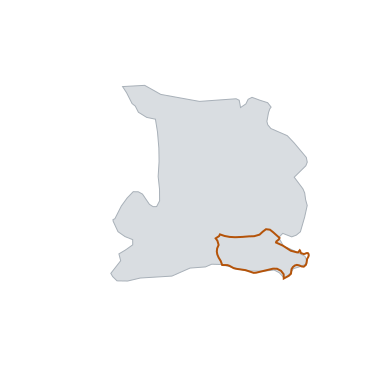 Pljevlja on a map of Montenegro (Natural Earth projection), rotated 144°
{"feature_id": "MNE-1516", "entity_name": "Pljevlja", "entity_type": "Municipality", "adm_level": 1, "iso_a3": "MNE", "parent_name": "Montenegro", "parent_adm1": "", "projection": "natural_earth1", "projection_center": [19.172, 43.297], "detail": "fine", "context": "in_parent", "style": "outline", "palette": "amber", "viewbox_px": 384, "rotation_deg": 144, "n_neighbors": 0, "source": "natural_earth", "source_scale": "10m", "svg_char_len": 2076}
<svg xmlns="http://www.w3.org/2000/svg" viewBox="0 0 384 384"><g transform="rotate(144 192 192)"><path d="M168.5,68.1L168.2,69.9L168.8,75.3L171.4,80.6L180.9,86.0L194.7,96.6L211.0,116.2L218.5,122.0L225.2,123.5L238.3,131.6L247.5,133.6L257.7,135.8L284.4,152.8L296.4,157.8L304.9,164.2L305.9,170.2L305.5,173.9L290.1,178.3L287.5,184.9L280.0,184.2L271.0,184.1L268.0,188.3L272.4,195.3L275.2,203.4L273.0,214.6L272.2,216.1L270.1,215.7L257.4,222.2L247.9,225.3L239.4,226.8L235.3,223.7L233.3,219.4L233.7,207.1L232.1,203.0L229.2,201.0L223.4,203.9L216.6,213.4L210.3,224.4L200.8,235.9L193.0,247.0L184.6,260.9L178.8,272.4L184.8,279.0L188.5,288.0L187.4,294.8L188.5,298.8L186.6,310.6L186.2,318.1L167.6,306.1L159.9,289.3L132.7,260.9L101.5,241.5L99.9,238.5L101.6,234.8L103.1,231.8L96.6,231.6L92.1,234.0L87.8,233.3L82.9,226.0L78.3,219.8L78.1,214.2L80.2,213.5L83.4,211.3L89.9,205.1L91.2,201.9L90.9,197.0L81.8,181.5L80.5,171.5L79.2,152.8L81.2,148.4L84.5,146.3L100.6,143.9L100.4,129.4L101.4,125.0L104.6,119.0L106.7,113.4L115.6,105.5L127.7,96.1L133.0,95.8L137.7,97.1L142.9,105.2L148.6,104.2L149.8,94.5L142.3,81.7L138.4,73.5L139.6,69.1L142.4,66.7L148.8,68.2L155.0,70.4L158.8,68.9L165.0,67.7L168.5,68.1Z" fill="#d9dde1" stroke="#a8b0b8" stroke-width="1"/><path d="M168.6,68.1L166.2,71.6L166.3,75.9L168.3,79.9L171.4,82.3L187.7,89.1L189.7,90.4L194.6,97.3L201.6,104.1L203.1,106.0L205.1,110.3L206.3,112.0L210.5,115.2L209.3,119.4L209.0,123.3L208.2,126.7L206.9,129.3L204.8,131.6L201.6,133.5L200.1,137.6L200.1,140.6L196.0,140.4L194.3,141.3L191.5,137.3L187.9,133.5L183.6,130.0L177.7,126.1L172.1,122.7L167.7,119.7L162.4,117.8L158.1,118.3L154.0,118.4L151.1,115.7L150.0,111.8L148.5,104.9L148.1,103.6L148.4,103.2L149.7,102.6L152.9,102.4L153.7,101.7L150.1,95.4L146.6,86.4L142.5,81.4L141.7,80.8L139.1,81.5L139.1,80.7L139.6,79.5L139.7,78.5L138.1,76.2L137.2,75.7L135.4,75.3L134.2,74.5L134.2,73.2L134.9,72.0L136.0,71.2L138.2,70.2L141.0,67.3L142.8,66.1L145.5,65.9L147.1,67.4L148.4,69.6L150.0,71.4L152.0,72.1L154.5,72.0L156.8,71.1L160.0,67.7L163.0,67.3L168.6,68.1Z" fill="none" stroke="#b45309" stroke-width="2"/></g></svg>